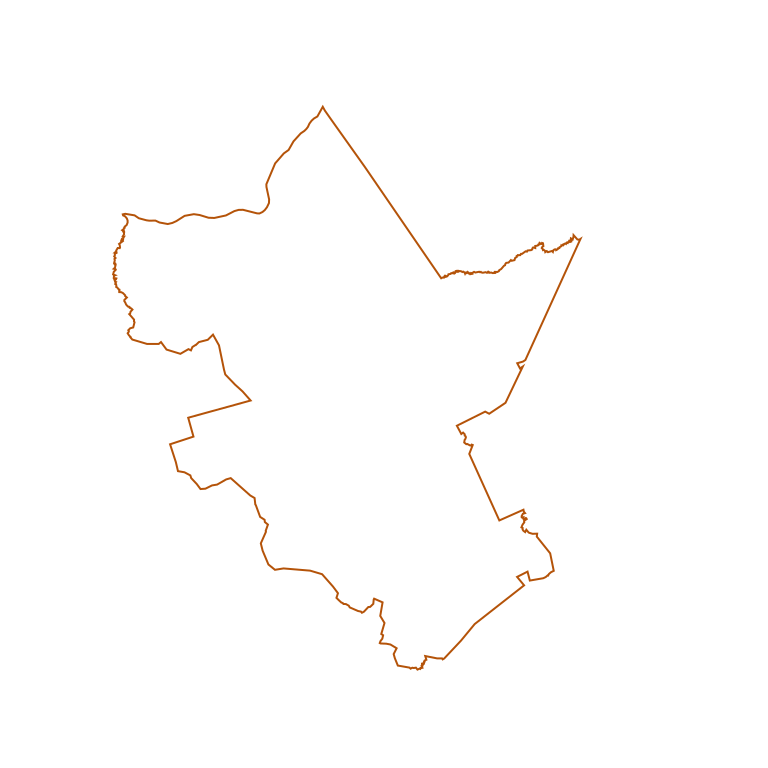 outline of Sējas pag., Sejas, Latvia, rotated 163°
{"feature_id": "27541924B77555962795430", "entity_name": "Sējas pag.", "entity_type": "district", "adm_level": 2, "iso_a3": "LVA", "parent_name": "Latvia", "parent_adm1": "Sejas", "projection": "mercator", "projection_center": [24.49, 57.215], "detail": "fine", "context": "isolated", "style": "outline", "palette": "amber", "viewbox_px": 768, "rotation_deg": 163, "n_neighbors": 0, "source": "geoboundaries", "source_scale": "gbopen_adm2", "svg_char_len": 6166}
<svg xmlns="http://www.w3.org/2000/svg" viewBox="0 0 768 768"><g transform="rotate(163 384 384)"><path d="M586.0,610.3L586.3,609.2L587.2,609.1L587.6,608.2L589.4,607.6L588.9,606.9L588.6,607.2L588.0,606.7L588.0,606.0L588.8,606.0L588.7,605.4L587.5,605.1L588.4,604.9L588.8,603.2L590.9,601.3L590.6,600.8L589.7,600.7L590.7,599.8L591.5,597.9L592.1,597.7L592.0,598.6L592.4,599.1L593.5,597.7L592.5,596.8L596.4,595.4L596.1,594.3L596.5,591.8L597.0,591.2L598.9,591.9L601.1,589.9L601.4,589.1L602.7,588.5L601.3,588.1L601.4,587.6L603.3,587.3L603.8,585.7L604.7,584.9L603.9,583.0L605.2,582.4L605.3,580.9L606.9,578.3L606.7,577.6L606.1,578.2L605.7,577.8L605.7,576.6L607.3,573.9L608.7,573.2L607.2,572.3L607.1,571.7L609.6,570.3L611.0,568.0L609.3,566.6L610.5,566.5L611.5,564.3L610.7,563.4L609.7,563.6L609.1,563.2L609.8,562.4L611.3,562.5L611.2,560.6L610.5,559.9L611.2,559.5L611.7,558.2L611.1,558.0L611.1,556.8L611.7,555.0L610.9,554.3L610.1,552.2L609.4,551.6L609.5,551.0L609.9,550.8L610.3,549.3L608.4,548.6L607.0,547.2L605.6,544.5L605.8,543.7L604.6,541.9L607.7,540.3L608.1,539.2L607.6,537.5L607.4,535.4L606.3,533.0L605.2,532.4L605.2,531.8L604.6,531.5L604.6,530.8L603.6,530.2L602.8,528.7L605.2,527.3L606.2,525.6L607.2,525.3L604.2,518.6L604.8,517.0L604.5,516.0L607.3,511.4L610.4,511.5L612.8,510.2L612.5,509.2L612.9,508.5L614.3,507.5L613.7,505.2L612.6,503.0L612.9,502.8L611.7,500.1L598.9,491.6L587.7,488.2L585.0,489.3L581.9,480.5L569.9,472.4L560.8,474.5L558.8,472.6L556.4,475.4L552.8,476.4L553.1,476.0L548.8,478.2L539.6,477.8L533.1,481.2L530.5,469.2L532.8,444.6L533.0,439.5L526.6,426.9L521.4,418.2L516.4,407.2L581.1,409.0L581.6,389.4L606.2,388.9L605.9,370.1L606.5,360.9L600.6,357.9L595.9,353.2L595.9,350.4L592.3,343.1L590.2,337.2L585.4,336.1L578.1,337.3L573.0,336.6L562.8,338.9L558.1,338.8L544.5,316.5L541.1,312.8L542.3,306.4L542.0,305.7L541.3,293.1L537.9,289.1L538.3,286.8L536.1,283.5L540.1,278.1L540.1,277.2L548.4,267.6L548.8,260.1L547.3,245.2L542.6,238.2L534.0,237.0L509.2,227.1L498.8,220.2L492.0,205.2L489.2,197.4L492.0,193.4L490.5,190.6L488.7,187.5L487.5,186.6L487.1,185.5L484.8,184.7L482.5,182.3L482.1,180.4L475.2,174.5L472.6,173.1L472.0,171.7L469.8,172.1L464.2,175.3L462.4,174.9L458.5,176.9L456.8,181.0L456.2,181.6L449.2,175.6L455.4,163.3L453.4,155.3L459.7,145.7L458.3,144.0L460.1,140.9L462.5,139.2L463.8,137.5L463.2,136.9L457.8,135.0L454.0,133.0L449.2,127.6L453.7,122.9L453.8,118.7L453.1,110.7L442.5,105.3L441.8,104.0L439.9,104.4L438.6,103.7L436.4,103.4L435.5,101.1L433.1,101.4L432.7,101.0L432.1,101.8L431.6,101.8L431.7,101.4L430.3,101.4L430.5,102.1L429.8,103.0L430.4,102.9L430.4,103.7L428.6,104.4L429.5,105.1L429.4,105.5L427.5,105.4L427.5,105.8L426.5,106.4L426.8,106.9L426.0,107.7L424.1,107.9L424.1,111.8L413.5,106.1L408.7,104.6L408.4,103.5L406.7,103.9L385.5,116.0L367.5,127.9L308.9,150.5L313.1,160.6L301.6,162.6L302.0,153.4L288.5,151.7L285.8,152.1L283.3,153.2L283.0,152.9L281.8,154.1L279.3,155.2L276.3,155.7L274.6,173.5L282.5,193.4L281.3,196.1L285.7,197.3L288.6,199.2L289.1,199.7L290.5,203.0L292.3,201.1L293.6,202.9L294.0,204.3L293.5,205.8L294.5,206.7L292.6,209.0L290.3,210.7L290.2,211.6L289.6,212.4L287.0,213.1L287.1,213.8L287.5,214.4L290.0,213.8L290.2,215.0L289.7,215.8L290.9,215.8L291.3,216.2L291.0,217.4L289.1,219.3L286.9,219.3L287.6,221.0L287.4,223.0L313.6,219.8L322.9,292.2L317.0,299.7L317.9,300.4L318.8,299.7L319.7,300.1L321.9,302.3L322.9,302.4L324.4,304.6L323.2,307.0L322.4,307.5L321.3,309.0L321.2,310.0L321.9,311.1L321.5,312.3L322.6,314.4L324.7,313.6L326.5,322.8L295.3,328.0L292.1,324.8L273.3,330.5L246.2,360.1L249.4,359.1L250.5,364.9L244.6,364.8L241.8,365.6L153.7,465.3L155.2,464.9L156.8,465.7L159.2,470.9L159.8,469.3L161.5,466.8L162.3,467.2L162.4,468.3L162.7,468.6L163.4,466.9L163.1,465.9L163.2,465.5L164.6,465.4L164.8,465.9L164.2,466.8L165.0,466.9L165.3,466.1L166.0,465.7L167.2,465.9L167.3,465.1L168.2,465.4L169.0,464.7L169.5,465.4L171.6,465.1L171.5,464.6L172.2,464.2L172.7,464.7L173.7,464.3L173.9,464.6L174.3,463.9L176.3,463.4L176.6,462.7L177.9,462.9L178.3,462.2L179.6,461.8L180.2,461.7L180.1,462.4L181.0,462.8L182.1,462.7L183.1,462.2L183.9,460.9L184.5,462.1L188.7,462.1L189.0,462.4L189.1,463.1L189.7,463.6L191.2,463.0L191.1,464.3L192.1,465.7L192.8,465.6L192.8,466.7L193.4,467.9L192.4,468.9L191.3,469.2L190.8,472.1L191.6,472.7L192.2,471.9L192.7,471.9L194.0,473.5L194.4,473.0L194.1,472.3L194.3,472.1L195.7,472.2L195.9,471.6L197.3,471.5L199.0,471.8L199.6,469.8L201.4,471.0L202.5,470.3L202.9,469.3L204.2,469.0L207.7,469.7L208.6,468.8L209.8,469.5L213.9,468.1L215.0,468.4L216.0,467.4L218.4,468.1L218.7,467.6L219.7,467.6L220.0,466.6L221.7,466.2L223.0,464.3L225.9,464.5L226.4,465.4L229.4,463.7L231.7,464.1L232.8,463.4L233.5,462.2L234.7,462.0L238.3,459.7L240.6,459.1L241.2,458.3L242.9,458.0L245.4,458.9L245.8,458.5L245.6,457.8L247.7,458.3L248.8,459.2L251.0,459.6L251.2,459.9L251.0,460.5L251.5,461.0L253.0,460.2L254.1,461.2L257.0,461.5L258.2,462.2L258.6,462.9L259.5,462.8L260.1,463.5L264.1,463.9L265.1,464.9L266.7,464.5L267.1,463.7L267.9,464.4L268.2,463.7L269.4,463.8L269.5,464.7L270.3,464.6L270.9,465.2L270.6,465.8L270.8,466.1L271.4,466.0L271.6,466.7L272.6,466.1L272.8,466.6L273.3,466.7L274.2,465.8L274.3,466.9L275.2,468.2L276.4,468.2L276.9,469.0L278.5,469.9L279.9,469.7L279.8,470.4L280.1,470.7L281.3,470.1L281.7,471.0L282.5,471.0L282.9,470.1L283.5,469.5L283.9,469.9L284.4,469.5L284.5,470.2L284.9,470.5L285.4,470.4L285.6,469.7L287.3,470.4L288.1,469.8L290.3,470.1L290.8,469.3L292.1,468.5L293.5,468.4L293.7,468.8L293.5,469.5L294.0,469.8L294.9,469.2L294.9,468.5L295.4,468.2L297.1,468.7L298.4,468.4L338.9,597.3L356.7,650.8L360.6,662.7L361.5,667.0L369.5,659.3L373.3,658.4L376.2,657.0L379.1,654.9L381.6,652.1L383.7,650.6L386.2,649.3L390.4,648.0L399.6,642.5L406.8,635.7L412.4,633.8L423.6,626.8L438.1,609.4L438.8,606.8L439.9,594.1L441.1,590.7L444.2,587.3L447.1,585.2L449.9,584.0L453.3,583.5L455.5,584.3L467.9,591.8L472.1,593.0L476.5,593.1L485.9,591.4L497.7,592.4L503.2,594.3L510.9,599.5L516.2,602.0L525.5,603.1L534.9,600.5L539.3,599.9L544.0,600.2L551.5,604.1L554.8,607.1L560.7,608.8L563.3,610.0L570.0,614.2L573.2,618.2L581.7,622.4L584.2,622.6L584.2,621.5L582.6,620.1L581.5,617.5L581.4,615.3L582.0,613.3L583.7,611.2L586.0,610.3Z" fill="none" stroke="#b45309" stroke-width="2"/></g></svg>